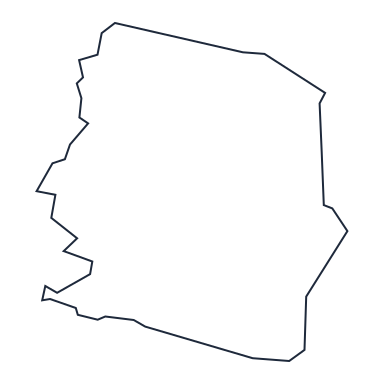 the district of Harrison, West Virginia, United States of America
{"feature_id": "52423323B15878537434027", "entity_name": "Harrison", "entity_type": "district", "adm_level": 2, "iso_a3": "USA", "parent_name": "United States of America", "parent_adm1": "West Virginia", "projection": "albers", "projection_center": [-80.446, 39.285], "detail": "fine", "context": "isolated", "style": "outline", "palette": "slate", "viewbox_px": 384, "rotation_deg": 0, "n_neighbors": 0, "source": "geoboundaries", "source_scale": "gbopen_adm2", "svg_char_len": 596}
<svg xmlns="http://www.w3.org/2000/svg" viewBox="0 0 384 384"><path d="M325.1,92.9L264.5,53.9L242.9,52.3L114.9,23.0L101.7,33.1L97.5,54.7L79.1,60.1L83.0,77.4L76.8,83.4L81.4,98.2L79.4,117.5L88.1,123.4L70.0,144.5L64.9,159.2L52.5,163.3L36.6,191.2L55.4,194.8L51.3,217.9L77.1,238.3L63.7,251.1L92.3,261.5L90.1,274.1L57.1,292.8L45.3,286.0L42.2,300.3L50.0,299.0L75.8,308.0L77.8,314.8L97.7,319.7L105.3,316.5L133.7,320.0L145.2,326.6L252.6,358.2L289.2,361.0L304.5,349.9L306.2,296.6L347.4,231.1L332.3,208.4L323.8,205.1L321.7,152.1L319.6,103.4L325.1,92.9Z" fill="none" stroke="#1e293b" stroke-width="2"/></svg>